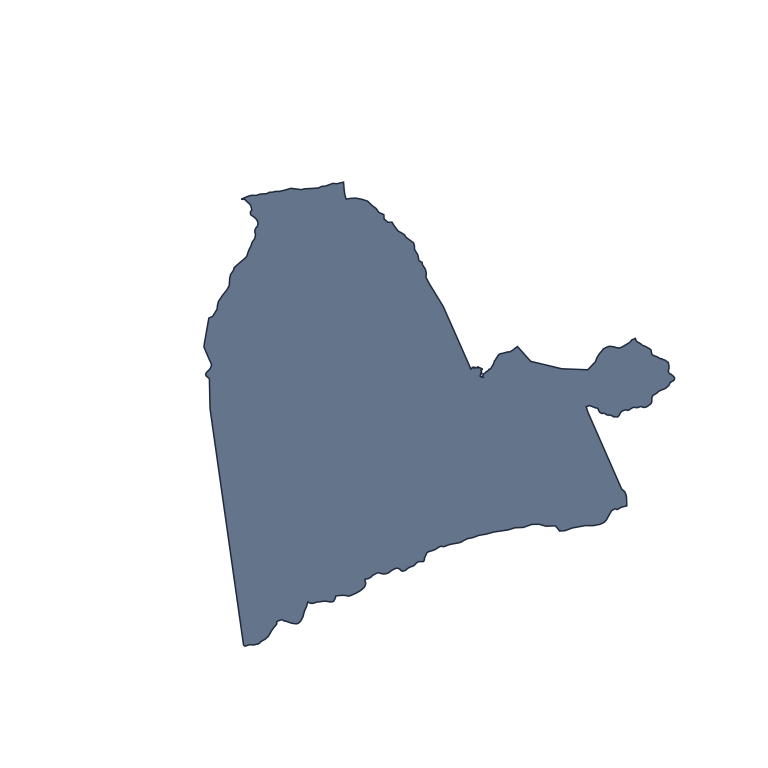 Cafayate, Salta, Argentina (Equal Earth projection), rotated 59°
{"feature_id": "61730980B8590137946072", "entity_name": "Cafayate", "entity_type": "district", "adm_level": 2, "iso_a3": "ARG", "parent_name": "Argentina", "parent_adm1": "Salta", "projection": "equal_earth", "projection_center": [-65.829, -26.11], "detail": "fine", "context": "isolated", "style": "filled", "palette": "slate", "viewbox_px": 768, "rotation_deg": 59, "n_neighbors": 0, "source": "geoboundaries", "source_scale": "gbopen_adm2", "svg_char_len": 6146}
<svg xmlns="http://www.w3.org/2000/svg" viewBox="0 0 768 768"><g transform="rotate(59 384 384)"><path d="M237.3,500.2L257.3,517.6L259.6,519.3L273.3,521.2L276.5,521.5L278.7,521.9L280.7,524.1L281.7,526.2L282.7,530.4L284.1,532.1L286.0,532.3L287.4,531.6L289.6,531.0L315.5,545.8L535.3,638.8L536.6,638.5L537.3,638.0L537.6,636.1L538.2,633.6L540.8,629.8L541.0,628.7L542.1,625.4L542.1,624.4L541.6,622.6L541.4,621.4L541.4,620.5L541.5,619.5L541.5,616.8L541.0,614.8L540.9,613.5L538.9,609.6L538.1,608.5L537.5,607.3L536.9,605.9L536.3,604.7L535.0,600.6L534.4,599.5L533.7,599.0L532.6,598.5L532.5,597.6L532.5,596.8L533.3,593.4L533.6,592.8L534.2,592.3L535.1,592.0L536.1,591.3L536.9,590.1L538.5,588.9L540.9,586.9L543.0,584.6L544.6,582.4L544.9,580.8L544.8,579.2L544.4,577.9L543.8,576.7L542.0,573.6L541.1,572.6L540.3,571.8L539.7,571.3L537.9,569.3L536.2,567.1L535.6,566.0L534.6,564.7L532.2,562.3L531.6,561.4L533.0,560.8L533.9,560.1L535.0,558.8L535.5,557.5L535.9,556.2L536.1,554.6L538.8,548.4L540.3,545.6L543.2,542.3L544.3,539.8L544.0,538.6L543.2,537.1L541.9,535.4L540.8,534.4L542.5,530.9L544.3,527.5L545.4,526.0L547.4,523.9L548.0,522.5L548.3,520.6L548.9,515.5L549.0,511.4L548.8,508.8L548.3,506.5L547.9,505.2L547.2,504.1L546.4,503.1L545.4,502.3L544.4,501.9L541.7,501.2L541.7,500.4L541.9,499.8L542.3,499.2L542.6,498.1L542.8,497.2L542.9,496.3L542.8,494.4L542.4,493.1L542.2,491.8L542.5,487.0L543.0,486.0L546.2,482.8L546.7,482.1L547.5,480.5L548.2,477.8L548.1,476.5L547.9,475.3L547.8,473.1L547.9,470.3L548.2,468.4L548.9,467.3L549.8,466.5L550.7,465.8L551.5,465.8L552.8,465.5L553.8,464.8L554.3,463.9L554.7,461.9L554.7,460.8L554.4,459.3L554.3,457.8L554.3,456.2L554.6,454.8L555.0,453.2L555.1,451.9L554.8,450.5L554.1,448.4L554.0,447.1L554.2,445.8L554.6,444.9L555.2,443.8L555.7,443.2L556.5,441.6L556.1,440.7L555.3,439.8L554.2,439.0L553.1,437.6L551.9,435.7L550.9,434.5L550.6,432.9L551.0,431.1L551.7,428.4L552.2,425.5L552.2,423.3L552.1,421.2L552.2,419.7L552.6,418.3L553.7,417.4L554.2,416.6L554.5,415.4L554.9,412.9L555.3,410.8L556.3,407.9L558.8,401.4L559.3,398.5L559.2,395.5L559.4,394.6L559.6,392.0L561.4,387.1L562.6,380.7L565.4,373.5L567.4,366.2L573.0,352.8L574.7,345.8L578.7,338.5L580.5,329.5L584.3,323.1L589.2,318.6L593.7,310.4L596.1,309.7L600.4,309.3L602.9,304.6L604.4,296.7L609.1,284.3L613.1,277.8L615.5,271.2L616.0,266.8L615.1,263.4L609.9,254.4L609.9,250.2L611.8,248.7L611.8,243.9L612.6,241.8L613.5,238.6L606.1,234.5L604.1,233.7L600.4,233.1L596.5,234.4L513.0,223.7L507.6,222.4L508.4,218.8L513.4,215.0L514.5,213.7L516.0,213.3L517.7,213.7L519.2,213.7L521.4,212.6L522.1,210.9L523.2,209.8L525.1,209.0L526.3,207.8L526.8,206.5L528.2,205.3L530.6,203.9L531.5,202.2L532.6,200.8L532.0,198.4L530.5,196.4L529.8,193.8L530.2,191.4L531.2,189.4L532.3,188.5L532.5,186.9L532.3,184.4L532.5,182.0L533.9,180.4L535.0,178.6L535.3,176.0L536.2,174.8L537.4,174.0L538.3,172.7L538.8,171.3L538.8,169.5L538.6,167.1L538.2,164.8L536.6,163.2L535.1,162.3L533.4,161.2L532.3,159.1L532.4,154.9L531.9,153.1L531.8,151.2L532.0,149.3L532.5,147.2L532.7,144.1L531.9,140.5L530.2,138.0L530.1,133.3L528.8,131.9L526.8,131.8L523.6,132.9L522.1,133.8L520.9,134.1L519.3,133.6L517.7,131.9L515.7,130.6L513.7,129.8L511.8,129.2L510.7,129.9L508.2,130.8L507.4,131.8L505.2,133.0L504.6,134.1L502.6,135.2L500.9,136.2L499.6,137.4L498.4,138.3L496.6,139.1L494.5,138.4L492.9,137.7L491.6,137.7L489.4,138.8L487.4,140.0L485.4,141.3L483.4,142.9L481.8,143.2L480.4,143.9L478.7,145.1L476.9,145.5L474.3,145.1L474.1,147.2L473.8,149.0L474.6,150.8L474.9,153.2L474.9,158.8L474.7,162.5L474.4,163.5L472.8,165.8L470.6,167.7L469.2,169.4L467.7,171.5L467.1,174.2L466.9,178.0L467.8,180.0L468.6,182.7L469.6,185.0L471.0,187.8L472.4,189.5L473.9,191.6L474.7,194.8L475.6,197.7L476.7,202.1L462.5,223.8L440.1,246.6L420.6,250.3L420.7,250.9L420.8,253.1L421.2,255.1L421.3,257.1L421.3,258.4L421.3,259.5L420.9,260.3L420.2,261.4L419.8,262.9L419.2,264.9L419.0,266.1L418.5,267.1L418.3,267.6L417.9,269.3L417.9,269.9L418.0,270.6L418.5,272.1L418.8,272.6L419.1,273.0L420.0,275.0L420.6,275.8L421.1,277.5L422.8,279.2L423.5,280.3L424.4,281.6L424.6,282.6L424.8,283.1L425.7,284.3L425.8,284.7L425.8,285.2L425.6,285.6L425.5,286.5L425.7,287.0L426.3,288.4L426.3,289.3L426.1,289.7L426.1,290.1L426.6,291.3L426.7,292.1L426.6,293.1L427.3,294.6L427.9,295.2L428.3,295.5L428.6,295.5L429.1,295.6L429.4,295.5L429.3,295.9L429.1,296.1L428.7,296.4L427.9,296.6L427.6,296.8L427.6,297.2L427.4,297.5L426.7,297.6L426.3,297.2L426.0,296.7L425.8,296.2L425.5,295.9L424.8,295.8L424.6,295.7L424.7,295.3L425.4,295.1L425.5,294.6L425.4,294.5L424.3,294.7L423.3,293.8L422.7,294.0L422.4,294.0L422.1,293.8L421.9,293.5L421.8,293.2L422.1,292.7L422.1,292.3L421.8,292.0L421.6,292.0L421.0,292.5L420.3,292.8L419.4,293.6L419.0,293.8L418.9,294.0L418.7,295.1L418.4,295.1L418.0,294.4L417.8,294.4L417.6,294.7L417.6,295.0L417.8,295.4L417.7,296.0L417.3,297.3L416.7,297.3L416.5,298.0L416.6,298.5L416.6,298.8L416.4,298.8L416.0,298.4L415.8,298.4L415.6,298.6L415.4,299.1L415.3,299.5L415.8,301.2L415.9,301.8L361.9,295.0L348.0,293.3L321.8,293.5L314.2,293.1L311.3,290.9L308.4,289.8L306.2,289.4L301.6,289.6L299.4,288.7L296.3,290.5L290.8,288.5L284.4,288.5L280.7,286.5L278.2,286.0L269.4,289.6L266.6,289.6L263.0,291.4L260.2,293.1L253.6,293.8L249.4,293.8L247.4,297.3L242.6,298.9L238.8,296.9L234.2,300.0L229.3,300.4L225.2,302.2L218.8,303.9L214.4,307.7L210.2,312.3L207.5,317.4L206.0,321.2L202.2,320.3L197.4,318.3L190.1,314.7L188.1,321.2L185.7,324.5L184.2,332.4L182.6,335.3L182.2,339.1L180.4,342.8L175.8,351.5L174.9,354.6L168.3,363.0L167.0,368.3L165.0,374.5L163.0,377.8L162.1,380.9L160.6,383.5L160.4,386.6L157.3,392.6L156.6,396.3L154.0,400.3L152.9,404.7L152.0,411.3L153.9,408.6L154.5,408.0L155.7,408.0L157.9,407.3L161.6,406.3L165.4,407.1L166.9,408.0L167.7,410.0L170.2,411.1L174.9,409.1L177.6,408.5L179.0,408.6L181.5,409.3L183.5,411.1L184.1,413.1L185.6,415.5L187.6,416.6L189.6,417.1L191.2,418.4L193.2,420.6L194.1,422.9L194.9,424.6L196.6,426.3L197.7,427.7L198.5,429.2L200.1,431.6L201.9,433.6L204.0,436.1L204.6,438.6L206.6,450.2L207.1,452.6L208.8,454.2L211.2,459.2L214.0,461.9L219.1,465.4L220.2,466.4L222.3,470.1L224.8,476.6L228.0,483.5L230.8,486.2L233.9,488.6L237.8,496.1L237.3,500.2Z" fill="#64748b" stroke="#1e293b" stroke-width="1.5"/></g></svg>